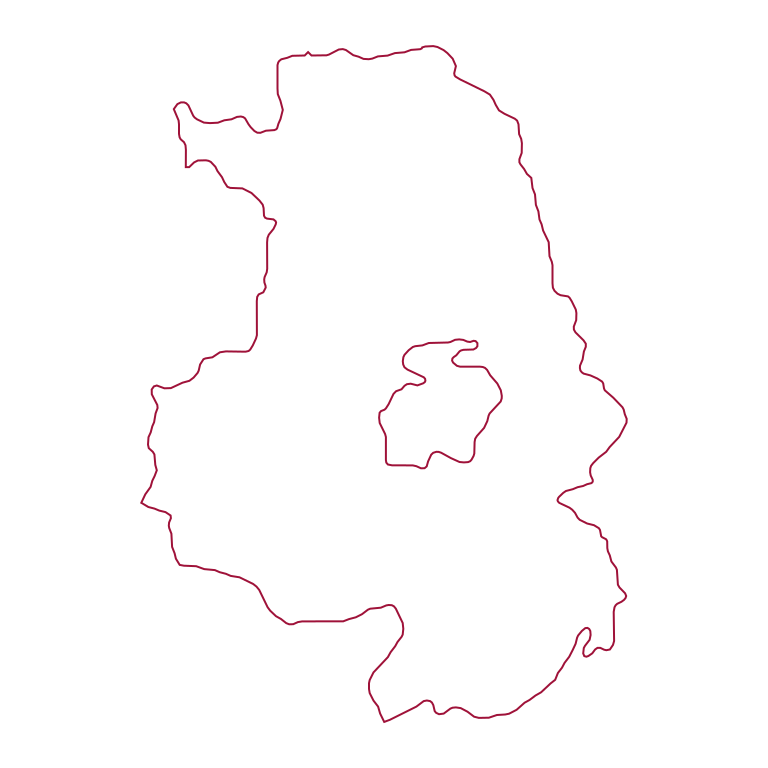 San Juan de la Maguana, San Juan, Dominican Republic (Albers equal-area conic projection)
{"feature_id": "3306468B55528819950271", "entity_name": "San Juan de la Maguana", "entity_type": "district", "adm_level": 2, "iso_a3": "DOM", "parent_name": "Dominican Republic", "parent_adm1": "San Juan", "projection": "albers", "projection_center": [-71.221, 18.893], "detail": "fine", "context": "isolated", "style": "outline", "palette": "rose", "viewbox_px": 768, "rotation_deg": 0, "n_neighbors": 0, "source": "geoboundaries", "source_scale": "gbopen_adm2", "svg_char_len": 6085}
<svg xmlns="http://www.w3.org/2000/svg" viewBox="0 0 768 768"><path d="M613.7,611.9L614.5,607.3L615.6,605.3L617.2,603.8L621.4,601.8L624.0,599.9L625.5,598.1L626.2,596.0L625.1,593.3L619.5,587.5L617.9,584.7L616.9,569.8L615.9,567.5L611.4,561.5L609.8,555.4L607.9,551.3L607.3,548.1L607.2,541.4L606.7,540.2L606.0,539.2L602.1,537.2L601.2,536.3L600.0,530.0L598.9,528.2L594.0,525.2L587.1,523.5L579.7,519.8L577.6,517.6L575.0,512.8L572.2,509.7L569.5,507.7L559.3,502.9L557.9,501.4L557.5,500.1L558.2,498.0L559.1,496.8L563.2,492.9L565.9,491.0L572.8,489.2L577.6,487.2L583.1,486.0L587.1,484.2L591.2,483.2L592.3,482.4L592.8,481.2L592.7,479.8L590.7,475.5L590.1,472.3L590.3,468.2L591.1,465.8L593.2,463.1L598.7,457.6L606.2,451.8L609.7,447.0L619.2,436.9L626.5,422.7L626.7,418.9L624.8,414.2L623.7,409.6L622.5,407.3L613.3,397.7L604.8,390.3L604.0,388.4L603.2,383.4L602.1,381.6L597.3,378.5L590.4,375.4L583.6,373.6L581.8,372.3L580.4,370.5L579.9,368.1L580.0,365.7L582.6,359.5L583.9,351.5L585.8,346.8L585.8,343.7L583.5,340.3L575.5,332.4L573.9,329.6L573.8,326.6L576.2,320.2L576.4,313.1L575.8,309.6L571.8,301.4L569.6,297.8L568.0,296.4L560.5,295.2L557.5,293.7L554.5,290.8L552.9,287.7L552.5,283.3L552.5,265.2L551.8,261.8L549.5,256.2L548.7,242.2L543.1,230.5L541.6,224.3L539.5,219.5L538.4,211.4L535.9,204.9L535.0,194.4L532.5,188.0L531.3,177.9L526.9,173.9L524.1,169.0L520.5,164.4L519.4,162.3L519.4,159.2L521.7,152.9L521.9,143.2L521.2,138.9L519.1,134.1L518.5,124.3L517.1,120.6L514.8,118.7L504.5,113.8L499.0,110.4L495.7,104.8L493.5,99.9L489.9,94.6L484.4,91.3L460.3,79.5L455.5,76.6L454.6,75.4L454.2,73.3L455.9,66.1L452.7,58.7L447.4,53.1L443.6,50.1L437.5,47.0L433.3,46.1L425.3,46.5L422.2,47.4L421.8,48.4L420.2,49.2L411.1,49.9L404.5,52.3L394.9,53.1L387.6,55.6L377.9,56.4L372.3,58.6L368.8,59.2L363.5,58.9L358.6,56.7L353.3,55.2L345.9,50.0L342.8,49.1L338.8,49.5L328.9,54.6L326.5,55.3L311.5,55.5L308.1,52.1L304.7,55.5L292.3,55.8L287.3,57.8L281.3,59.3L279.2,61.0L278.2,62.5L277.5,65.1L277.5,88.4L277.8,94.1L280.4,100.7L282.8,109.9L280.5,119.0L278.4,123.8L277.2,128.0L276.4,129.2L274.4,130.1L265.9,130.7L260.4,132.8L257.3,132.7L254.4,131.0L250.7,127.2L248.6,124.4L245.1,118.4L243.3,117.1L240.9,116.5L237.0,116.9L231.5,119.3L224.3,120.3L217.9,122.7L210.0,123.1L203.9,122.6L197.0,119.3L194.6,117.5L193.2,115.7L188.4,105.4L186.3,103.3L184.1,102.4L180.9,102.4L177.4,104.1L173.8,109.1L178.6,120.5L179.0,124.3L179.0,133.9L179.6,137.3L180.7,139.3L184.0,142.2L185.5,145.3L185.9,149.9L185.8,167.1L189.2,167.1L194.1,162.4L197.9,160.5L205.9,160.3L208.5,160.8L210.8,161.9L215.4,166.8L217.5,171.1L222.0,177.2L224.3,182.1L227.4,186.8L230.3,187.9L242.4,188.4L251.5,193.0L259.4,200.5L262.7,204.7L263.6,208.1L264.0,215.7L265.1,217.7L267.0,218.6L273.5,219.4L275.6,221.2L276.1,222.5L275.7,224.4L273.5,228.9L268.8,234.7L267.5,237.9L267.1,242.3L267.2,268.8L266.7,272.3L264.6,277.1L264.2,279.4L264.4,282.5L265.5,285.7L265.7,287.6L263.3,292.3L258.7,294.4L257.2,296.9L256.8,301.1L256.9,335.2L256.0,338.5L252.8,345.4L250.2,349.6L248.6,351.0L245.5,351.7L225.9,351.4L219.9,352.3L212.4,357.3L205.5,358.4L203.5,359.2L200.1,364.5L198.7,370.6L197.6,372.9L193.6,377.6L189.4,380.8L182.5,382.7L170.9,388.1L164.4,388.3L156.8,385.5L153.9,386.4L151.7,389.5L151.8,394.3L157.3,405.0L157.6,408.0L155.6,413.4L154.1,422.2L152.3,426.3L150.7,432.4L148.5,437.2L148.0,444.6L148.8,448.2L152.8,451.8L154.4,454.4L155.3,464.9L156.8,470.3L154.6,476.1L152.3,480.8L150.6,486.9L145.3,494.3L141.3,502.8L148.3,507.0L154.5,508.6L159.3,510.6L165.5,512.1L170.6,515.5L170.9,518.2L169.1,522.5L168.8,525.7L169.2,528.0L171.4,533.7L172.1,546.9L174.6,553.3L175.9,558.7L179.7,564.9L183.9,565.7L196.2,566.2L204.2,569.1L214.9,570.1L219.7,572.2L225.9,573.8L230.7,575.9L239.5,577.3L253.2,584.0L256.5,586.6L259.2,589.9L267.6,607.2L270.2,610.7L276.0,616.2L281.0,619.0L286.2,623.1L289.2,624.3L293.2,624.2L297.9,622.1L302.1,621.4L343.3,621.3L349.0,619.1L355.8,617.3L362.0,614.2L367.9,609.7L370.2,608.7L380.8,607.7L386.3,605.4L388.7,605.0L391.8,605.2L393.9,606.3L395.8,608.6L402.7,623.0L403.3,628.8L402.7,634.6L401.6,636.8L397.5,642.0L395.2,646.2L390.6,652.2L387.9,657.1L373.5,672.4L369.7,680.0L369.0,683.2L369.0,689.0L369.7,693.1L373.5,700.6L378.1,706.6L380.1,713.5L384.2,721.9L389.9,719.8L416.4,706.6L423.7,701.1L426.9,700.5L430.1,701.1L431.9,702.5L433.3,705.1L434.7,711.1L436.1,712.8L439.0,714.2L443.7,713.6L450.4,708.6L452.6,707.7L455.9,707.4L460.7,708.1L467.5,711.7L474.1,716.7L478.9,717.9L488.9,717.7L496.9,715.0L505.2,714.5L509.1,713.7L516.6,709.8L524.6,702.7L529.5,700.0L535.5,695.5L541.1,692.3L550.5,683.5L555.2,679.8L557.9,673.0L562.0,667.7L564.6,662.8L569.2,656.8L572.7,650.0L575.6,643.8L577.1,637.7L578.1,635.5L581.8,631.0L585.3,628.1L587.5,627.9L589.2,629.0L590.3,631.0L590.6,635.0L589.6,639.8L585.0,645.8L583.8,648.0L583.2,653.4L584.3,656.1L586.4,656.7L588.4,656.0L592.3,653.3L595.1,649.5L597.4,647.9L600.4,647.9L604.1,649.7L606.3,650.2L609.9,649.5L613.0,644.9L614.1,641.0L613.7,611.9ZM467.3,341.6L470.1,342.0L473.6,340.8L475.6,341.1L477.4,343.1L477.4,346.2L476.1,348.0L473.4,349.5L463.6,349.8L461.2,350.4L459.6,351.3L456.3,355.3L453.7,357.1L452.4,358.5L452.1,360.6L453.1,362.6L456.9,365.8L460.2,366.7L480.2,366.7L482.8,367.0L485.0,367.9L487.1,369.9L490.2,375.3L497.3,383.5L500.8,390.3L501.8,395.9L501.7,398.4L500.7,401.5L489.6,413.5L488.6,415.7L487.3,421.1L484.1,427.9L477.0,435.9L475.2,438.7L474.6,442.0L474.3,453.5L473.6,455.9L471.6,459.6L470.2,461.2L468.1,462.1L463.9,462.4L459.5,462.0L450.9,458.1L441.1,452.7L438.7,451.9L436.4,451.8L433.2,452.8L431.2,454.7L428.1,461.4L426.7,466.4L424.6,468.2L421.0,468.3L416.4,466.2L412.8,465.4L391.9,465.3L387.9,464.5L386.3,462.6L385.9,460.1L385.9,437.0L385.1,434.0L379.7,423.0L379.1,417.7L379.6,412.8L381.0,411.1L384.5,409.7L385.9,408.4L388.6,404.2L393.5,393.9L396.1,391.2L401.5,389.3L404.5,385.8L406.9,384.2L410.7,383.7L417.4,385.4L423.2,383.3L424.8,382.1L425.4,380.8L425.1,378.8L423.8,377.3L407.5,369.6L404.5,367.3L403.2,364.5L402.8,361.2L403.4,357.1L404.5,354.8L408.7,350.2L412.8,347.0L415.2,346.2L422.4,345.4L428.8,343.0L448.0,342.5L450.4,342.0L455.1,339.8L459.2,339.4L463.3,339.9L467.3,341.6Z" fill="none" stroke="#9f1239" stroke-width="2"/></svg>